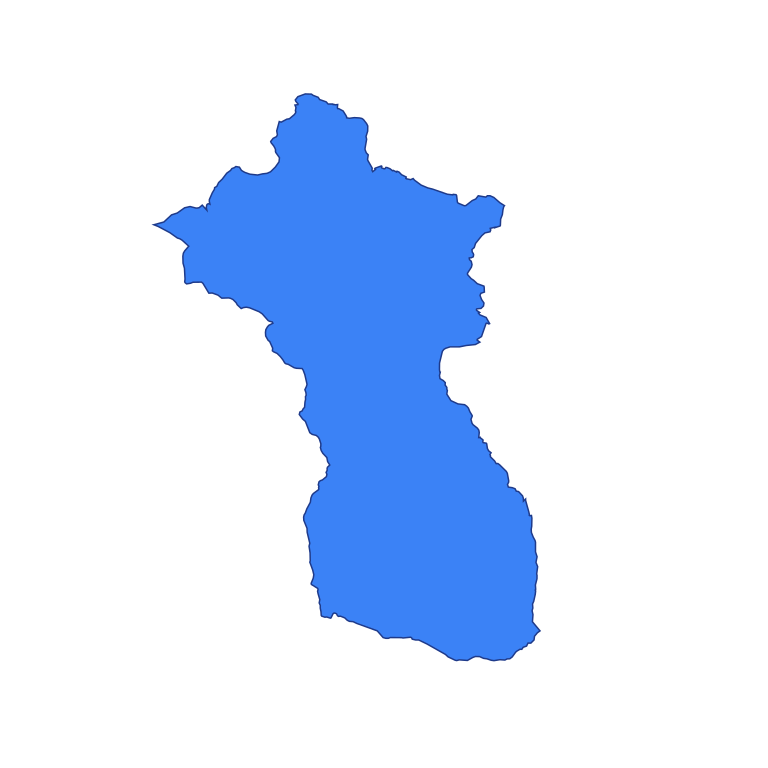 Criscior, Hunedoara, Romania, rotated 162°
{"feature_id": "2599482B35707480830117", "entity_name": "Criscior", "entity_type": "district", "adm_level": 2, "iso_a3": "ROU", "parent_name": "Romania", "parent_adm1": "Hunedoara", "projection": "equal_earth", "projection_center": [22.863, 46.127], "detail": "fine", "context": "isolated", "style": "filled", "palette": "blue", "viewbox_px": 768, "rotation_deg": 162, "n_neighbors": 0, "source": "geoboundaries", "source_scale": "gbopen_adm2", "svg_char_len": 6145}
<svg xmlns="http://www.w3.org/2000/svg" viewBox="0 0 768 768"><g transform="rotate(162 384 384)"><path d="M553.7,606.6L550.1,603.6L540.9,594.1L535.4,586.7L533.3,585.2L531.6,583.2L527.1,575.4L532.4,572.2L534.4,570.4L535.8,567.7L537.8,561.0L538.0,555.8L540.8,545.3L542.0,542.7L541.8,541.7L540.8,540.2L536.8,539.6L534.2,539.8L526.1,537.3L525.1,535.7L522.5,524.5L519.2,523.6L514.5,519.9L511.8,515.8L505.2,513.9L503.6,513.0L501.5,511.0L499.5,507.0L499.1,504.7L496.5,499.9L494.1,500.1L491.2,499.6L488.3,498.0L480.4,491.3L478.1,488.3L474.6,480.2L473.6,479.1L471.1,477.6L470.9,476.1L475.5,475.4L477.4,474.2L479.6,472.2L480.8,469.7L481.7,466.2L480.7,461.3L479.6,459.7L478.8,452.5L479.9,450.1L479.1,448.8L476.2,446.1L474.2,442.3L472.7,438.2L471.9,434.7L471.0,433.5L469.0,432.3L464.5,427.3L462.4,426.0L457.1,424.0L456.6,422.2L456.4,417.4L457.3,407.5L458.5,405.7L461.0,403.0L460.9,400.0L461.5,397.3L462.6,396.3L463.3,393.7L464.7,391.3L466.8,386.3L468.4,385.5L470.2,383.7L472.6,383.4L474.0,381.2L472.2,375.8L470.3,372.7L469.6,360.6L467.9,358.3L464.3,356.0L463.0,353.8L462.5,351.8L462.5,346.7L463.4,344.2L464.1,343.4L464.3,340.2L463.6,337.0L461.1,331.7L461.6,327.6L460.6,323.7L463.5,322.3L464.2,321.3L464.7,319.5L466.4,317.8L466.2,315.8L467.4,313.7L472.2,311.8L474.5,311.7L476.0,311.1L477.7,308.4L477.5,306.9L478.3,305.5L478.4,304.3L479.0,303.7L485.0,301.7L486.7,300.6L488.7,298.2L490.6,294.3L496.0,289.1L498.8,285.5L500.4,284.2L501.6,282.2L502.4,279.1L501.8,270.5L502.9,266.7L503.8,255.5L505.4,252.9L506.5,246.2L508.8,238.6L509.6,237.5L509.3,229.1L509.7,224.3L511.3,221.2L514.9,216.9L515.0,215.8L510.2,210.1L510.3,208.7L511.2,207.5L511.5,204.9L511.7,198.8L513.3,195.8L513.0,193.2L513.9,190.5L514.3,186.9L515.2,183.4L515.0,182.5L512.3,180.5L510.5,180.1L507.4,177.9L506.7,177.9L503.4,181.3L502.2,181.6L500.8,180.8L500.1,180.0L499.9,178.2L499.2,177.1L497.1,176.6L493.6,173.7L492.0,170.7L490.3,169.0L486.8,167.5L484.0,164.8L466.7,151.3L463.2,143.1L460.9,141.6L458.4,140.8L456.3,140.9L445.8,137.4L444.4,136.6L436.8,134.9L436.1,133.8L436.0,132.6L432.9,130.7L430.1,129.8L423.4,123.4L409.1,107.8L407.4,104.7L401.7,99.3L400.3,98.5L397.7,98.4L390.1,95.3L384.0,96.5L381.3,96.6L377.3,95.2L374.1,92.3L371.0,90.8L367.5,88.2L364.9,86.9L359.0,86.0L354.3,84.1L351.9,84.5L349.3,83.8L346.4,84.8L341.6,88.3L340.1,88.9L336.7,89.7L334.9,89.1L333.0,90.6L329.4,90.7L327.1,93.1L324.4,92.2L320.4,94.2L318.8,97.6L315.0,100.0L311.9,101.0L316.3,112.0L313.6,118.6L313.2,122.6L311.7,124.9L310.7,128.9L308.8,131.0L305.2,137.1L303.7,140.4L303.9,140.8L303.7,141.5L303.2,141.8L302.1,146.1L298.7,151.5L297.6,154.7L297.5,156.2L294.3,162.8L294.6,167.4L291.8,172.4L291.8,177.5L288.8,186.7L288.7,188.5L289.4,192.3L289.7,197.2L288.9,200.3L287.5,203.0L284.8,210.7L284.4,213.4L285.9,213.6L286.4,214.2L286.1,214.6L285.8,217.6L285.3,229.5L284.9,230.8L287.6,229.5L286.8,232.1L286.8,234.8L288.9,239.4L289.4,240.2L291.3,241.2L291.7,243.9L294.1,245.8L297.6,247.5L297.6,250.3L295.8,252.1L295.3,253.5L294.3,261.0L294.7,263.1L299.0,271.4L300.3,273.2L301.9,273.6L302.6,276.7L305.3,281.9L304.9,283.0L305.1,284.2L303.4,285.5L305.1,288.1L305.6,290.6L304.8,295.4L305.0,296.1L307.8,297.6L307.9,298.5L307.1,300.1L308.4,302.3L309.1,302.8L309.0,303.6L310.5,303.8L308.4,308.4L308.1,310.8L308.8,313.1L311.9,317.8L312.4,319.5L312.2,323.5L310.0,326.2L309.9,326.8L310.9,331.1L311.2,335.1L312.1,337.2L313.7,339.4L319.8,342.2L325.5,347.5L327.4,355.0L325.7,358.4L325.9,359.4L325.3,361.4L326.2,364.1L325.3,366.4L326.6,369.0L329.1,371.8L328.6,375.0L326.8,377.9L327.2,378.2L326.8,380.6L324.7,386.8L318.4,397.0L316.4,398.4L314.3,398.9L309.7,398.9L300.7,396.0L293.8,395.2L284.9,393.3L279.9,394.2L281.9,397.0L281.5,397.7L276.6,399.0L268.2,410.1L267.3,410.1L265.7,408.7L264.9,408.8L266.3,415.7L271.4,420.1L272.3,422.3L270.9,422.5L273.2,425.4L273.0,426.5L272.4,426.8L268.4,425.9L265.3,427.4L263.9,430.1L265.1,434.3L265.3,438.6L263.9,440.3L260.1,440.4L258.8,445.2L258.7,446.2L264.3,450.6L266.8,455.1L268.6,457.3L270.6,461.9L270.7,462.8L270.2,463.7L264.8,468.1L263.4,470.3L263.1,473.8L264.2,475.7L264.2,476.8L263.9,477.6L262.1,477.1L259.8,477.4L258.8,479.2L258.8,480.7L259.3,482.1L258.8,484.7L256.0,485.9L253.5,489.4L245.1,494.9L241.3,496.5L236.1,496.0L234.9,497.5L234.9,499.2L230.1,498.8L230.3,498.4L224.8,498.4L224.3,498.9L222.1,504.8L219.1,508.5L217.0,513.0L215.3,515.7L214.3,516.4L217.7,520.5L221.9,527.5L225.0,530.3L227.5,531.1L229.4,530.3L236.2,533.9L239.6,531.6L243.4,531.2L251.0,528.4L252.5,528.7L257.6,533.1L258.0,534.3L256.7,540.9L257.0,541.8L259.6,543.0L260.1,542.6L265.1,544.9L277.5,554.3L281.8,557.0L287.2,561.7L292.0,568.4L292.8,570.4L295.5,570.1L299.2,572.2L299.7,572.8L298.9,574.0L302.6,577.6L304.2,580.9L305.9,582.3L306.5,581.7L309.2,584.3L310.0,584.2L311.8,586.9L314.2,588.9L315.3,589.4L316.5,588.5L317.3,588.6L319.3,590.1L319.5,590.8L318.8,591.7L319.2,592.2L325.7,592.0L326.3,591.6L325.8,590.7L329.1,589.4L329.4,591.0L328.5,593.0L330.3,601.7L330.2,602.8L328.2,606.8L329.4,609.3L329.6,612.6L329.2,614.0L324.9,622.1L324.6,625.0L321.4,629.5L319.7,634.4L320.1,637.1L321.8,641.8L323.0,643.4L325.1,644.6L329.9,646.5L334.8,647.4L337.3,648.7L337.0,649.5L337.2,651.1L338.5,656.3L341.9,659.8L343.0,660.3L342.9,661.4L341.7,664.1L344.2,664.6L345.2,665.4L346.0,665.4L346.2,666.1L350.6,667.5L351.8,670.2L357.3,674.4L358.0,677.0L362.3,680.5L363.4,682.1L369.3,684.2L377.1,683.9L380.6,681.6L380.5,680.1L379.2,676.9L379.5,676.3L382.5,676.8L382.3,674.1L383.9,671.1L383.7,670.4L384.2,669.3L386.1,667.9L392.0,665.5L394.6,665.9L400.9,664.8L402.5,666.0L407.8,657.9L408.4,653.9L409.8,652.5L413.5,651.9L416.8,649.7L416.8,648.4L415.3,644.4L414.8,641.7L414.8,640.0L415.3,639.1L415.4,637.7L413.5,631.5L415.2,627.7L420.3,623.9L426.3,620.9L430.1,620.5L434.7,621.4L439.6,621.8L446.7,625.0L450.9,628.2L452.5,629.9L453.6,631.3L454.5,634.9L457.7,636.6L459.5,636.0L462.1,635.9L464.0,634.5L468.4,633.1L474.6,628.8L479.0,626.7L482.0,623.6L484.4,623.1L485.1,621.6L488.1,619.0L493.1,613.4L493.7,611.7L494.0,608.8L494.9,609.6L496.3,609.7L497.3,609.0L498.5,606.7L498.8,604.1L501.6,610.3L505.3,608.8L507.0,609.0L508.4,609.4L513.6,612.7L519.2,613.2L527.8,610.5L533.8,610.5L543.3,606.1L553.7,606.6Z" fill="#3b82f6" stroke="#1e3a8a" stroke-width="1.5"/></g></svg>